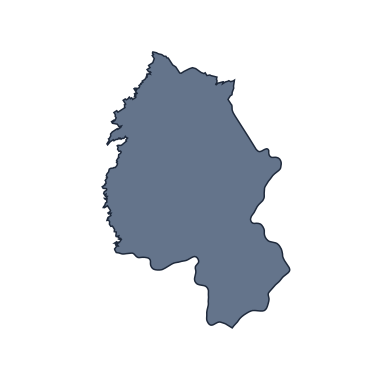 the district of Restauración, Dajabón, Dominican Republic, rotated 57°
{"feature_id": "3306468B11586418732368", "entity_name": "Restauración", "entity_type": "district", "adm_level": 2, "iso_a3": "DOM", "parent_name": "Dominican Republic", "parent_adm1": "Dajabón", "projection": "equal_earth", "projection_center": [-71.654, 19.301], "detail": "fine", "context": "isolated", "style": "filled", "palette": "slate", "viewbox_px": 384, "rotation_deg": 57, "n_neighbors": 0, "source": "geoboundaries", "source_scale": "gbopen_adm2", "svg_char_len": 6049}
<svg xmlns="http://www.w3.org/2000/svg" viewBox="0 0 384 384"><g transform="rotate(57 192 192)"><path d="M293.2,149.8L290.7,148.8L288.6,148.2L285.5,148.0L284.0,148.1L282.6,148.4L281.2,148.9L280.0,149.8L276.7,153.0L275.6,154.0L274.3,154.7L272.1,155.2L269.9,155.2L267.7,154.7L266.4,154.1L263.6,152.3L262.2,151.8L260.0,151.5L257.8,151.6L256.3,152.0L255.7,152.4L254.7,153.2L253.4,154.8L252.2,157.0L251.3,157.9L250.2,158.4L249.0,158.5L247.7,158.2L247.1,158.0L246.0,157.1L244.7,155.4L244.1,154.0L243.0,151.1L239.7,145.2L238.9,142.9L237.9,138.1L237.7,137.3L237.0,136.0L236.2,134.8L235.2,133.9L232.3,132.1L228.2,129.0L227.8,128.5L227.1,127.4L224.6,122.1L223.6,119.0L222.2,115.4L221.7,112.9L221.2,107.5L220.8,105.9L220.5,105.1L219.6,104.1L217.2,102.0L216.1,101.3L214.8,100.8L213.5,100.6L212.1,100.6L210.8,101.0L210.2,101.3L209.2,102.1L208.3,103.1L207.0,105.4L206.3,106.4L205.8,106.7L204.7,107.1L203.5,107.2L202.2,106.9L201.1,106.4L199.7,105.5L198.8,105.0L197.7,105.0L197.2,105.2L196.7,105.5L196.3,106.1L196.1,106.8L195.8,108.2L195.6,111.3L195.2,112.8L194.8,113.5L194.3,114.0L193.1,114.6L191.0,115.0L177.7,114.7L151.8,114.5L147.9,114.3L146.4,114.0L145.0,113.6L141.6,111.6L140.5,111.3L140.4,111.4L134.0,111.4L133.7,110.7L133.3,110.0L132.2,107.5L132.2,105.5L130.3,104.0L127.7,100.5L125.8,99.5L121.3,95.5L121.3,97.0L120.5,99.5L118.7,100.5L118.7,101.5L117.9,104.0L117.9,107.4L116.6,105.8L116.4,106.1L114.9,110.9L115.2,113.3L114.6,113.4L113.7,111.5L111.9,110.2L110.9,110.2L109.2,108.5L104.7,112.7L103.6,113.3L102.9,115.0L102.4,116.1L99.2,116.0L99.2,117.5L96.7,119.3L90.5,121.7L88.0,123.9L87.2,127.0L86.5,133.0L86.5,136.5L85.4,137.5L78.3,137.5L74.9,139.0L66.7,139.0L65.9,140.0L64.0,140.0L62.9,141.5L60.3,142.5L57.7,145.0L55.8,146.0L53.2,148.5L53.9,149.5L55.8,149.5L55.8,151.0L59.6,151.0L62.2,154.5L62.2,159.5L64.8,159.5L64.8,163.0L67.4,162.9L68.6,161.4L69.3,161.4L69.3,162.9L70.4,162.9L69.3,163.9L69.3,165.4L68.6,165.4L69.3,166.4L70.4,166.4L70.4,167.4L71.2,167.4L71.2,168.9L71.9,169.9L71.9,173.4L73.1,173.4L73.1,175.9L73.8,175.9L73.8,178.4L74.9,178.4L75.7,179.4L75.7,180.9L74.9,181.9L73.8,183.4L73.8,184.4L75.7,184.4L75.7,181.9L76.4,183.4L76.4,184.4L79.4,184.3L79.4,185.3L78.3,185.3L78.3,186.8L79.4,186.8L80.2,187.8L80.2,186.8L80.9,186.8L80.9,187.8L82.1,187.8L82.1,191.3L80.2,191.3L80.2,192.8L78.3,192.8L78.3,193.3L78.5,193.7L78.8,194.4L79.0,195.2L78.9,196.9L77.6,197.3L77.6,199.8L82.1,199.8L82.1,200.1L82.1,201.3L82.8,201.3L84.0,202.3L84.7,202.3L84.7,210.7L82.8,210.8L82.8,214.2L85.5,214.2L86.6,215.2L88.5,215.2L90.0,217.7L90.0,220.2L89.2,219.2L89.2,221.2L91.1,221.2L93.0,219.2L94.5,217.7L95.9,217.7L97.5,217.7L98.2,215.2L99.0,216.7L99.0,220.2L98.2,220.2L98.2,222.9L98.2,226.2L99.0,228.7L100.8,229.7L102.0,232.1L102.0,233.1L103.5,233.1L104.6,235.6L105.3,237.1L106.5,237.1L105.3,233.1L105.3,232.1L105.3,229.6L106.5,229.6L106.5,227.1L107.2,226.1L107.2,225.2L108.0,223.7L107.2,223.7L107.9,222.7L109.1,222.7L109.1,221.2L109.8,220.2L109.8,219.2L109.1,217.7L109.8,217.7L111.7,216.7L112.4,219.2L113.6,219.2L114.0,222.4L114.3,225.1L114.3,226.1L112.5,228.6L112.5,229.6L114.3,229.6L115.5,231.1L118.1,231.1L118.8,229.6L119.9,229.6L120.7,231.1L120.7,233.1L122.6,234.6L123.3,234.6L123.3,235.6L124.5,238.1L125.9,238.1L125.9,239.1L127.8,239.1L128.9,240.6L129.7,243.0L129.0,244.0L129.0,245.0L127.8,247.5L127.8,249.0L129.7,251.0L130.5,253.5L131.6,255.0L133.5,255.0L133.5,255.6L133.5,256.0L134.2,256.0L134.5,256.9L135.0,258.5L136.1,258.5L138.0,259.5L138.0,260.9L138.0,261.0L138.7,261.0L138.7,264.5L140.6,264.5L142.5,262.0L143.2,262.0L144.0,262.9L144.0,265.4L145.1,266.9L147.0,266.9L147.0,265.4L148.5,266.9L149.6,265.4L150.3,266.9L152.2,266.9L150.3,267.9L149.6,268.9L150.3,268.9L152.2,267.9L154.1,268.9L154.1,270.4L156.0,272.9L156.0,273.9L156.7,274.9L157.5,273.9L157.5,270.4L163.1,270.4L163.8,271.4L163.8,273.9L164.9,273.9L164.9,272.9L165.7,271.4L166.4,272.9L167.6,272.9L167.6,276.3L168.3,276.3L168.3,277.3L169.5,278.8L170.2,277.3L172.1,277.3L174.0,278.8L176.6,278.8L177.3,277.3L181.1,277.3L182.9,278.8L184.4,277.3L187.4,279.8L188.2,279.8L188.9,277.3L190.1,278.8L191.9,277.3L191.9,278.8L193.4,277.3L194.5,279.9L193.4,282.3L192.7,282.3L192.7,284.0L192.7,284.8L194.6,282.3L194.6,284.8L195.3,284.8L195.3,283.3L197.2,283.3L196.4,284.7L197.2,286.7L197.6,288.0L198.7,288.3L201.5,288.5L203.4,286.4L205.4,284.8L206.3,283.8L207.0,282.6L207.9,280.7L210.1,276.4L210.8,275.3L211.3,274.9L212.4,274.4L215.4,273.9L216.6,273.5L217.6,272.9L218.4,271.8L219.7,269.2L221.0,267.3L222.6,265.5L223.7,264.6L225.0,264.1L226.3,264.1L227.4,264.5L229.5,265.9L230.7,266.5L232.0,266.8L233.3,266.9L234.7,266.7L236.0,266.1L237.2,265.1L238.7,263.3L240.0,261.2L240.7,259.6L240.9,258.7L241.2,255.9L241.4,248.4L241.6,246.6L241.8,245.7L242.3,244.2L243.5,241.5L244.5,238.4L245.7,235.6L246.2,234.2L246.5,232.5L246.8,227.6L247.1,226.1L247.3,225.4L247.7,224.8L248.2,224.3L248.7,223.9L249.9,223.5L251.8,223.5L253.0,223.8L254.1,224.4L254.6,224.9L254.9,225.5L256.1,229.2L256.4,229.7L256.8,230.1L257.8,230.8L260.1,231.7L261.3,232.4L262.4,233.4L265.7,236.8L266.9,237.6L268.2,238.1L268.9,238.2L270.3,238.2L271.6,237.9L272.2,237.6L272.8,237.2L274.0,236.2L277.1,232.9L278.3,232.0L279.0,231.7L280.3,231.4L281.6,231.4L283.0,231.7L283.6,231.9L284.7,232.6L286.9,234.1L289.3,235.5L292.5,237.9L294.9,239.3L296.1,240.3L299.3,243.7L301.0,245.2L303.4,246.7L305.6,248.3L306.7,249.0L308.0,249.5L309.3,249.7L311.3,249.8L312.6,249.5L313.7,248.9L314.1,248.4L314.5,247.8L314.9,246.4L315.2,242.6L315.4,241.2L315.9,239.9L316.7,238.9L319.7,236.5L320.8,235.7L327.9,232.3L326.9,229.5L325.7,224.7L324.3,221.2L323.9,219.6L323.6,217.9L323.4,215.3L323.4,212.6L323.5,209.9L323.9,207.4L324.4,205.8L325.7,203.7L329.0,199.5L330.2,197.6L330.7,196.3L330.8,195.5L330.7,194.7L330.3,193.2L329.1,191.3L327.1,188.9L325.5,187.2L324.4,186.2L323.2,185.4L319.7,184.1L318.7,183.3L318.3,182.8L317.8,181.4L316.4,176.4L315.3,172.5L314.7,168.4L314.3,166.7L313.1,163.1L312.7,161.5L312.1,155.3L311.6,153.8L311.2,153.1L310.7,152.6L310.1,152.2L309.5,152.0L308.1,151.7L299.8,151.8L296.8,151.4L295.3,151.0L293.2,149.8Z" fill="#64748b" stroke="#1e293b" stroke-width="1.5"/></g></svg>